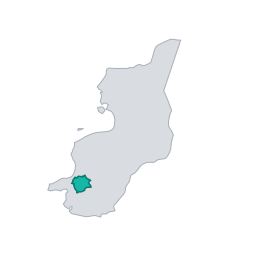 Tunisia, with Zaghouan highlighted, rotated 211°
{"feature_id": "TUN-120", "entity_name": "Zaghouan", "entity_type": "Governorate", "adm_level": 1, "iso_a3": "TUN", "parent_name": "Tunisia", "parent_adm1": "", "projection": "mercator", "projection_center": [10.024, 36.33], "detail": "fine", "context": "in_parent", "style": "filled", "palette": "teal", "viewbox_px": 256, "rotation_deg": 211, "n_neighbors": 0, "source": "natural_earth", "source_scale": "10m", "svg_char_len": 3647}
<svg xmlns="http://www.w3.org/2000/svg" viewBox="0 0 256 256"><g transform="rotate(211 128 128)"><path d="M175.5,147.4L175.5,148.2L174.7,153.6L174.5,155.5L174.3,158.8L174.3,162.8L176.2,166.1L176.3,167.6L175.6,169.3L172.0,171.2L167.5,173.7L163.6,176.1L159.3,178.7L158.0,180.4L155.9,181.6L154.1,182.9L153.8,184.2L152.6,186.5L150.9,188.4L146.9,189.3L146.1,189.8L144.3,192.6L143.4,193.7L142.3,196.0L143.7,202.0L145.4,208.1L145.7,210.6L145.7,212.7L144.7,215.0L142.6,218.3L141.0,220.7L138.0,225.0L137.1,226.0L135.0,227.3L130.9,228.9L128.1,230.4L126.6,223.9L125.4,218.3L124.4,213.6L122.6,205.5L121.0,198.5L119.5,191.6L118.1,185.3L116.7,178.9L116.1,178.0L111.9,175.0L108.1,172.2L104.1,169.0L99.7,165.6L99.0,161.2L96.8,154.7L94.5,151.0L93.6,150.1L88.8,147.7L86.1,145.9L85.3,144.9L84.8,142.3L82.9,136.9L80.6,132.1L79.8,128.8L79.7,124.6L80.1,121.6L81.1,120.3L85.8,116.6L87.9,112.1L90.6,110.4L92.9,109.1L94.7,107.6L96.4,105.2L97.6,102.7L97.9,99.9L98.4,95.5L99.2,92.5L101.2,89.0L100.4,86.2L99.3,83.1L99.6,77.9L99.4,75.7L98.5,73.8L97.7,71.4L97.6,69.4L98.5,64.1L99.1,60.0L100.1,54.7L99.7,53.2L99.0,52.1L96.8,50.9L96.7,50.2L97.3,49.4L100.6,46.8L102.4,43.0L103.9,42.2L106.1,40.8L106.1,39.3L105.5,37.7L111.5,35.9L117.1,31.1L119.1,30.0L132.1,25.6L133.8,25.9L135.7,26.6L135.2,28.2L134.4,29.5L135.5,31.8L137.1,30.4L136.7,29.4L136.6,28.2L139.3,28.1L141.7,28.3L144.3,29.6L144.1,34.8L147.6,39.8L146.6,42.4L149.4,43.8L152.0,42.1L153.2,39.4L157.9,37.9L162.3,34.0L164.8,33.6L165.3,36.8L166.5,39.6L164.8,40.6L162.7,43.5L158.7,50.9L154.9,53.1L152.1,56.0L151.2,58.0L151.0,60.4L151.7,64.6L153.7,68.9L156.0,71.5L158.3,72.3L163.6,76.4L163.5,78.8L164.2,81.6L164.5,85.1L166.4,87.9L162.4,93.9L160.3,98.3L156.1,104.3L152.4,108.2L144.4,113.9L142.4,115.8L141.1,117.8L140.5,119.9L140.7,122.3L143.4,128.3L146.9,131.8L150.4,133.6L156.6,132.9L156.4,135.2L156.9,137.9L159.4,137.8L161.1,137.3L162.5,134.7L165.5,136.5L167.1,142.1L169.6,143.8L169.9,144.4L169.0,144.8L168.3,145.5L169.1,145.9L171.6,146.6L173.1,146.2L175.5,147.4ZM162.5,131.9L161.8,132.1L160.7,132.9L160.1,132.9L158.3,132.1L157.7,132.1L156.8,131.5L157.1,128.1L157.4,127.1L161.6,127.0L163.9,129.0L164.3,129.5L164.4,130.1L163.3,131.2L162.5,131.9ZM170.1,102.1L166.4,104.2L167.1,102.4L169.6,100.2L170.2,100.7L170.1,102.1Z" fill="#d9dde1" stroke="#a8b0b8" stroke-width="1"/><path d="M147.7,51.6L147.7,53.7L147.8,54.3L147.9,54.5L148.0,54.6L148.3,54.7L148.3,56.4L148.2,56.9L147.9,57.2L147.8,57.4L147.8,57.5L148.0,57.9L148.1,58.2L148.1,58.4L148.0,58.5L146.3,58.9L146.1,58.9L146.0,59.0L145.9,59.1L146.0,59.6L146.0,59.8L146.0,60.1L145.9,60.5L145.8,60.8L145.7,61.0L145.4,61.2L145.1,61.4L144.5,61.6L143.1,62.1L142.7,62.4L142.5,62.8L142.3,63.0L142.0,63.3L141.8,63.4L141.7,63.4L141.5,63.1L141.4,63.0L141.2,63.5L141.1,64.5L140.9,64.9L140.7,65.2L140.6,65.3L140.4,65.3L140.3,65.2L139.7,64.6L139.5,64.4L139.3,64.3L139.2,64.3L138.2,64.1L137.3,63.5L136.4,63.6L134.3,63.9L133.8,63.8L133.6,63.8L133.1,63.6L133.5,63.0L133.6,62.7L133.8,62.3L133.8,62.0L133.7,61.7L133.6,61.1L133.5,60.8L133.4,60.6L133.1,60.4L131.9,59.9L130.8,59.6L130.6,59.5L130.3,59.3L129.5,58.5L129.4,58.3L129.3,58.2L129.6,57.9L130.3,57.6L131.8,56.6L132.3,56.2L132.8,55.6L133.1,55.1L133.3,54.8L133.6,54.0L133.6,53.8L133.6,53.7L133.5,53.1L133.1,52.4L133.4,51.7L134.1,50.7L134.3,50.3L134.7,49.8L136.1,48.6L136.9,48.4L137.1,48.2L137.5,47.3L137.9,46.5L138.0,46.4L138.4,46.2L138.5,46.2L138.6,46.3L138.8,46.5L139.4,47.6L139.5,47.8L139.8,48.0L140.1,48.1L140.3,48.1L140.5,48.0L140.8,48.0L141.2,48.2L142.2,48.6L142.8,49.1L145.1,51.2L145.3,51.5L145.2,51.6L145.2,51.8L145.3,52.1L145.5,52.4L145.8,52.3L146.7,51.8L147.0,51.7L147.7,51.6Z" fill="#14b8a6" stroke="#0f766e" stroke-width="1.5"/></g></svg>